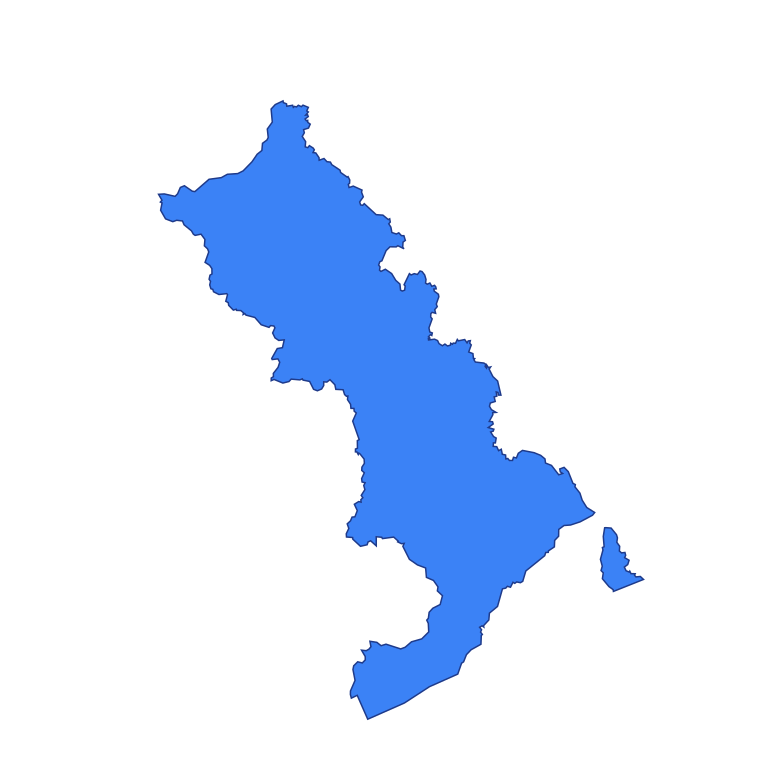 the district of Kasena Nankana East, Upper East, Ghana, rotated 156°
{"feature_id": "2480657B68256913631937", "entity_name": "Kasena Nankana East", "entity_type": "district", "adm_level": 2, "iso_a3": "GHA", "parent_name": "Ghana", "parent_adm1": "Upper East", "projection": "albers", "projection_center": [-1.049, 10.75], "detail": "fine", "context": "isolated", "style": "filled", "palette": "blue", "viewbox_px": 768, "rotation_deg": 156, "n_neighbors": 0, "source": "geoboundaries", "source_scale": "gbopen_adm2", "svg_char_len": 6165}
<svg xmlns="http://www.w3.org/2000/svg" viewBox="0 0 768 768"><g transform="rotate(156 384 384)"><path d="M479.4,262.5L480.5,259.5L475.1,256.5L475.6,254.9L471.5,245.3L464.8,244.0L462.8,246.2L460.0,246.2L456.9,239.3L453.2,247.6L448.4,244.9L448.3,243.4L437.4,240.2L434.9,234.6L435.7,234.2L433.0,231.0L430.4,230.2L432.8,228.0L432.1,213.5L427.0,205.1L420.8,199.0L423.9,190.1L418.7,184.4L417.2,176.7L419.4,173.3L416.7,166.8L422.4,159.7L430.6,159.3L435.6,157.1L438.8,151.9L441.0,150.9L440.9,147.3L444.0,139.3L453.2,135.8L463.8,137.3L471.7,134.9L476.5,135.2L488.0,145.5L493.1,146.1L495.6,150.9L501.5,154.7L502.8,149.3L505.6,147.9L508.7,147.6L512.8,150.0L512.0,142.7L513.3,139.6L517.3,138.0L521.0,140.9L526.3,138.9L528.5,135.8L531.0,125.0L539.5,117.2L541.0,114.0L541.6,110.3L535.1,110.5L535.2,84.4L495.0,84.3L465.5,89.0L434.6,89.0L426.7,97.4L424.3,97.8L418.8,103.2L412.5,105.8L401.3,106.8L397.4,114.7L396.0,115.2L396.7,118.1L394.8,119.8L395.6,122.9L392.8,123.2L391.7,121.4L391.4,122.7L384.2,125.8L380.9,131.8L370.8,134.6L359.1,148.7L355.8,148.0L353.6,149.0L351.1,146.9L346.8,150.4L345.6,148.7L343.3,149.2L340.2,147.0L337.5,147.3L330.5,155.5L307.0,161.8L304.8,164.3L302.4,163.4L301.6,164.7L294.6,165.9L291.7,171.7L286.4,173.9L283.5,180.1L277.1,181.5L270.9,179.3L260.9,178.3L246.9,179.3L243.8,180.9L249.0,188.7L250.2,197.3L249.4,204.6L251.4,212.4L250.1,214.3L251.8,216.4L251.3,229.0L253.4,234.6L258.0,234.9L258.7,232.1L257.2,229.6L261.3,230.0L264.1,241.5L268.6,246.1L267.4,250.1L269.9,255.1L274.8,260.2L284.5,267.0L289.5,266.1L293.1,262.6L295.5,264.4L297.7,261.9L300.5,263.1L301.2,265.6L303.1,266.0L301.8,269.7L304.5,271.7L303.4,276.7L306.4,276.5L306.5,280.9L309.6,282.6L308.0,285.7L306.2,284.9L303.5,289.0L305.3,291.4L306.1,296.8L303.4,296.5L302.0,298.0L306.5,301.8L300.5,303.1L300.2,305.4L303.1,307.0L297.0,311.7L296.4,313.6L293.2,312.5L296.3,316.9L296.7,320.8L294.6,323.4L289.5,322.8L288.6,327.4L285.9,327.0L284.7,331.1L283.3,329.9L283.9,327.3L281.7,326.3L279.0,340.5L281.5,346.5L281.9,354.8L279.7,356.2L281.9,356.6L282.4,359.4L283.9,356.9L284.5,358.8L283.0,360.6L284.2,362.5L291.6,366.9L292.0,369.5L290.8,370.3L291.9,371.0L290.4,375.6L293.6,378.8L288.4,384.2L289.1,386.4L287.5,388.5L289.6,389.1L291.4,387.8L292.2,391.8L298.5,393.2L298.9,394.9L302.1,392.1L304.1,393.2L305.3,392.5L306.5,394.1L307.5,392.5L310.5,392.9L312.1,395.7L315.1,395.2L317.3,398.5L317.4,401.9L319.6,404.4L325.4,406.1L325.0,407.4L323.9,406.5L323.4,407.4L324.1,409.1L321.4,410.2L320.6,408.9L319.1,411.0L321.0,412.9L320.1,417.0L313.5,423.9L314.1,426.2L312.6,429.2L310.9,429.9L308.1,427.6L307.4,431.3L303.9,433.0L303.7,435.8L298.4,441.4L297.8,443.9L300.3,448.3L299.9,450.5L297.6,449.7L297.2,451.7L297.7,453.6L300.6,453.8L301.0,457.6L303.9,457.6L305.0,459.3L303.1,462.4L302.5,467.1L303.5,471.2L305.1,472.6L308.9,470.5L311.5,472.5L314.9,472.6L315.9,474.5L325.3,466.5L324.8,464.9L327.0,461.3L329.5,461.5L330.7,463.0L328.8,468.8L331.1,473.9L332.1,481.8L336.1,488.3L341.0,488.1L341.8,489.8L340.0,492.6L340.5,494.9L338.1,497.4L335.8,497.4L327.8,505.0L322.7,506.9L317.1,504.3L315.1,504.7L310.7,499.4L311.3,501.3L308.9,505.9L306.1,506.5L305.5,511.4L307.7,512.4L309.0,516.1L311.7,516.0L315.2,519.2L313.9,524.5L314.5,528.4L312.4,529.4L311.6,532.6L313.2,532.5L316.3,538.7L322.3,541.9L328.7,556.8L330.8,555.9L332.5,557.1L332.2,560.2L326.8,563.4L326.5,568.4L325.2,570.1L331.6,577.3L336.0,577.7L335.4,580.9L333.8,581.4L332.3,584.3L332.5,588.1L333.5,588.0L337.6,594.9L337.2,597.2L342.5,605.6L342.7,608.5L345.7,610.3L347.1,614.4L352.2,614.8L351.3,617.2L352.3,622.8L354.7,624.3L352.4,626.3L352.7,628.3L355.2,632.1L357.5,630.9L359.5,632.7L357.0,637.3L358.0,643.4L354.6,645.9L354.0,649.1L348.9,648.5L345.7,651.4L347.2,654.0L346.5,655.9L347.8,656.0L348.3,658.2L344.4,659.1L344.3,661.0L346.1,661.5L342.5,663.3L343.5,664.9L340.6,667.5L344.6,671.7L346.7,671.0L348.9,673.5L351.2,672.7L352.9,674.0L354.3,673.6L354.1,675.8L359.8,677.3L359.1,679.6L361.5,682.0L361.1,683.7L369.7,683.5L375.3,681.1L379.5,668.7L386.9,664.4L389.5,656.3L391.7,654.5L397.1,653.3L400.6,647.0L406.4,645.5L414.2,640.7L426.0,636.0L432.0,635.7L441.8,639.3L448.7,638.7L460.6,642.2L478.5,636.7L480.7,638.1L485.7,646.3L490.1,646.4L495.2,641.7L498.5,640.4L507.4,647.0L512.8,649.0L512.1,642.2L514.3,641.2L513.1,639.7L517.4,633.6L516.4,623.7L510.9,618.2L506.8,617.9L501.8,614.9L501.9,610.8L497.6,602.2L497.2,598.4L496.1,596.6L490.2,595.3L488.8,588.9L491.9,583.3L490.2,579.2L490.4,575.9L498.0,567.9L495.0,563.3L494.3,559.4L496.4,554.5L498.7,554.2L501.2,550.8L500.7,548.4L502.9,545.4L503.4,541.4L501.9,540.1L502.2,537.6L498.4,532.9L490.9,530.5L490.6,529.3L494.9,523.9L493.2,521.7L493.9,519.0L491.6,512.8L488.6,512.4L488.7,511.2L484.9,509.3L483.4,506.2L484.4,504.8L482.5,504.9L482.1,503.1L474.9,497.3L472.1,488.1L466.0,482.5L463.9,483.5L461.0,481.8L460.8,479.7L465.0,475.9L464.8,470.4L462.4,466.6L457.2,464.9L462.0,458.5L467.1,459.8L476.2,453.0L476.2,451.8L470.7,450.1L470.4,446.3L474.0,442.3L480.8,438.7L482.0,435.7L484.6,435.3L485.7,432.9L482.6,432.9L476.0,426.0L469.8,424.9L466.8,426.2L459.2,422.0L456.5,421.9L456.4,420.5L450.9,416.6L450.5,407.8L447.6,404.9L443.0,404.8L439.7,407.1L438.2,410.5L435.4,409.0L431.6,409.9L429.2,403.3L430.2,398.7L423.7,395.4L424.3,390.4L423.3,388.0L421.9,387.7L423.7,384.6L422.8,379.1L424.1,375.2L421.4,373.9L422.3,371.3L421.1,368.8L427.7,362.8L429.3,343.3L431.4,343.1L434.4,336.1L436.5,336.2L437.7,333.6L436.4,333.0L436.2,330.1L435.1,331.1L434.3,329.7L432.7,323.5L434.2,319.5L438.0,317.0L439.5,314.1L438.1,310.9L442.9,306.7L443.9,303.4L441.4,301.5L443.8,299.5L444.4,295.3L450.1,291.5L449.6,288.7L452.2,287.7L453.0,285.4L454.9,286.9L460.0,286.2L459.9,279.2L464.6,274.5L467.3,275.4L470.3,272.6L474.5,271.2L474.9,266.4L479.4,262.5ZM258.8,101.2L226.4,99.9L228.1,103.9L232.3,105.3L232.9,107.4L231.7,108.5L235.5,110.3L235.6,113.1L236.5,112.5L238.8,114.9L238.9,119.0L234.8,119.9L231.8,123.3L234.8,127.5L232.9,129.2L232.4,132.1L235.7,133.1L236.9,135.7L234.7,139.9L235.7,144.7L233.3,148.5L232.9,151.8L235.1,160.0L239.9,162.6L240.9,162.9L245.7,155.5L249.1,145.8L251.0,145.8L251.5,143.3L257.6,135.8L258.7,128.8L261.6,125.3L260.5,122.3L263.7,117.3L260.9,107.4L258.3,102.9L258.8,101.2Z" fill="#3b82f6" stroke="#1e3a8a" stroke-width="1.5"/></g></svg>